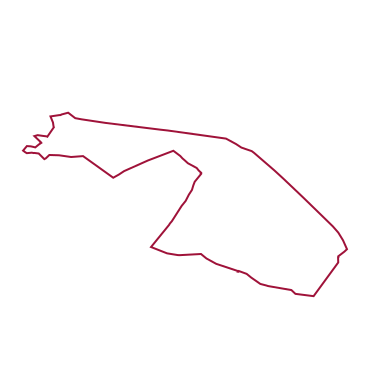 Babadayhan, Ahal, Turkmenistan, rotated 127°
{"feature_id": "10190150B42989304972975", "entity_name": "Babadayhan", "entity_type": "district", "adm_level": 2, "iso_a3": "TKM", "parent_name": "Turkmenistan", "parent_adm1": "Ahal", "projection": "albers", "projection_center": [60.205, 38.26], "detail": "fine", "context": "isolated", "style": "outline", "palette": "rose", "viewbox_px": 384, "rotation_deg": 127, "n_neighbors": 0, "source": "geoboundaries", "source_scale": "gbopen_adm2", "svg_char_len": 1394}
<svg xmlns="http://www.w3.org/2000/svg" viewBox="0 0 384 384"><g transform="rotate(127 192 192)"><path d="M227.7,106.9L226.9,107.0L224.5,99.1L224.7,93.3L224.7,93.0L224.3,82.1L221.9,76.3L221.4,74.8L220.8,73.6L210.5,53.6L211.1,48.1L202.0,32.2L160.3,32.8L156.4,35.9L156.0,35.8L155.4,36.5L147.9,34.4L144.4,33.8L139.7,42.3L136.4,50.7L134.7,58.8L129.5,99.7L126.3,127.7L125.2,139.0L123.4,165.9L123.4,168.9L125.8,176.2L125.8,176.3L126.8,179.3L127.2,185.7L128.9,197.0L157.6,248.6L161.1,254.5L188.9,302.7L200.4,323.9L203.3,329.7L203.2,338.6L208.8,343.0L209.6,343.2L210.5,344.3L216.8,350.5L220.2,344.8L223.0,342.0L223.4,341.3L234.9,340.8L235.0,341.5L236.9,344.8L239.5,349.5L242.2,351.5L243.2,342.8L243.6,342.8L243.6,342.0L246.2,342.9L250.7,344.0L251.8,346.6L252.6,348.3L254.7,351.5L260.6,351.8L260.6,349.1L260.4,347.3L257.0,343.6L256.2,341.9L255.8,341.6L253.5,337.6L254.5,330.5L254.6,329.7L253.1,329.0L248.3,328.2L242.7,320.3L236.8,309.6L228.9,300.6L228.0,263.5L222.1,260.9L216.2,258.8L193.4,246.2L170.3,231.7L170.3,223.0L170.9,219.9L171.1,216.8L171.5,212.6L170.0,202.7L170.8,199.6L171.1,196.4L171.7,196.4L171.9,195.6L182.2,196.0L186.0,194.9L190.3,193.3L196.0,192.9L202.9,191.7L209.4,191.9L227.5,190.5L230.7,190.7L231.8,190.5L260.6,191.6L256.0,175.0L251.0,165.5L250.0,164.0L236.1,147.5L236.4,140.5L234.8,129.4L227.4,107.5L228.0,107.4L227.7,106.9Z" fill="none" stroke="#9f1239" stroke-width="2"/></g></svg>